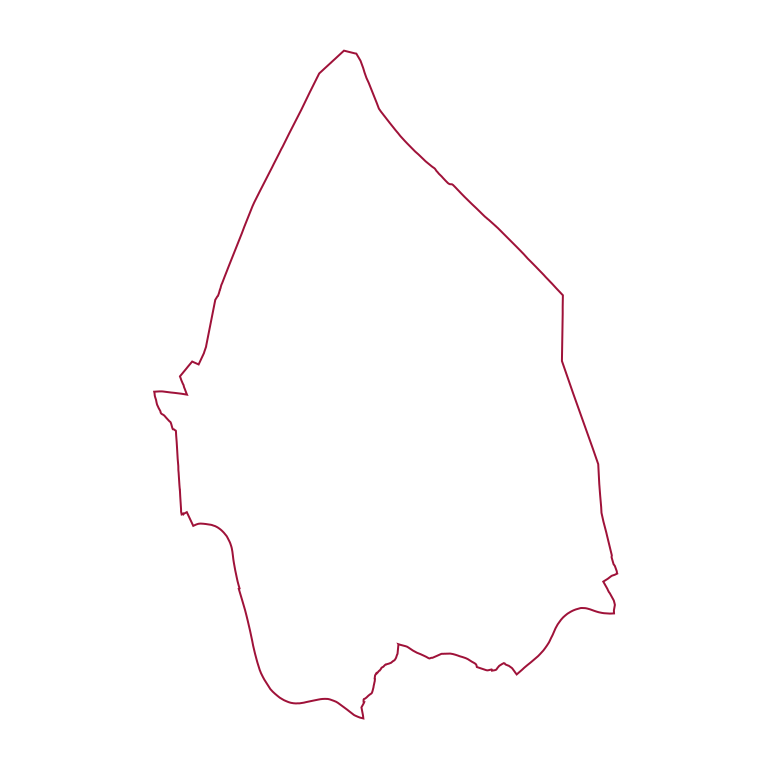 Heerde, Gelderland, Netherlands (Equal Earth projection), rotated 89°
{"feature_id": "6326949B25079542820913", "entity_name": "Heerde", "entity_type": "district", "adm_level": 2, "iso_a3": "NLD", "parent_name": "Netherlands", "parent_adm1": "Gelderland", "projection": "equal_earth", "projection_center": [6.06, 52.406], "detail": "fine", "context": "isolated", "style": "outline", "palette": "rose", "viewbox_px": 768, "rotation_deg": 89, "n_neighbors": 0, "source": "geoboundaries", "source_scale": "gbopen_adm2", "svg_char_len": 6116}
<svg xmlns="http://www.w3.org/2000/svg" viewBox="0 0 768 768"><g transform="rotate(89 384 384)"><path d="M617.4,158.0L614.4,158.1L611.9,157.6L608.9,157.0L607.0,157.4L604.5,158.0L597.1,161.9L595.9,162.8L593.4,164.0L593.0,164.1L585.4,168.2L582.7,163.7L580.1,160.2L579.6,159.3L578.8,156.7L577.6,154.1L576.3,154.5L575.4,154.5L570.4,156.2L569.7,156.5L568.2,157.6L561.9,159.3L561.0,159.5L559.4,159.2L558.9,159.3L539.3,163.7L536.5,164.3L525.4,167.0L516.6,168.8L510.9,169.0L508.1,169.2L499.5,169.8L487.8,170.5L467.9,171.2L452.0,176.4L407.2,191.5L396.5,195.1L373.9,202.5L364.1,205.7L316.7,204.1L310.3,204.0L298.4,203.6L291.4,210.0L287.1,213.8L280.0,220.4L277.8,222.3L266.8,232.6L261.1,238.1L256.5,242.1L251.5,246.8L230.0,267.5L221.5,276.6L220.5,277.9L220.2,278.1L218.5,280.1L215.8,282.8L210.1,288.4L205.6,293.0L198.3,300.2L194.8,303.5L188.6,309.2L186.3,311.4L185.8,312.1L185.5,312.6L185.5,312.9L185.4,314.2L185.4,314.6L185.2,315.0L185.0,315.5L184.7,315.9L184.2,316.6L181.7,319.0L178.7,321.7L177.4,322.8L176.4,323.8L174.7,325.5L172.9,326.9L172.1,327.7L169.8,329.2L169.1,329.9L167.9,331.6L167.2,332.5L162.1,338.5L156.6,344.0L155.1,345.5L152.1,348.8L143.9,356.6L141.4,358.9L138.9,361.1L136.3,363.4L133.4,365.6L130.6,367.9L123.2,373.6L111.6,382.3L108.6,384.3L103.0,386.3L82.7,394.0L77.7,396.2L72.3,398.0L67.7,399.3L60.8,401.7L60.3,401.9L53.2,405.9L52.8,407.8L50.2,417.5L50.0,418.2L72.3,443.3L72.8,443.6L91.0,453.1L108.2,461.8L131.4,474.2L144.9,481.2L147.5,482.7L151.6,484.8L162.1,490.4L165.6,492.2L169.5,494.3L175.5,497.5L185.6,502.9L188.2,504.3L200.0,510.5L204.0,512.4L224.5,521.0L230.6,523.4L245.9,529.8L261.4,536.3L266.7,538.5L267.0,538.6L274.0,541.5L280.7,544.2L281.6,544.7L283.7,545.4L285.1,545.7L286.5,546.3L286.9,546.3L287.0,546.3L287.1,546.5L290.2,547.4L292.8,548.4L293.2,548.6L293.3,548.8L293.4,549.0L296.1,550.7L296.8,551.2L343.1,561.2L343.5,561.2L347.3,562.6L349.0,563.2L350.0,563.5L360.2,568.5L361.2,569.0L359.3,573.1L358.2,575.4L362.7,579.3L365.8,581.9L372.8,587.9L373.1,587.8L374.7,587.2L376.3,586.7L377.1,586.4L380.3,585.1L381.4,584.5L383.9,583.9L385.1,583.4L390.7,581.4L391.2,581.2L390.2,586.6L389.2,593.7L388.8,597.1L387.6,605.3L387.5,606.7L387.5,607.7L387.5,609.2L387.7,613.9L389.2,613.6L391.5,613.4L392.6,613.2L394.3,612.7L395.9,612.2L398.2,611.8L400.1,611.4L401.3,611.0L402.1,610.6L404.2,609.7L407.0,608.2L407.5,608.0L408.7,607.8L409.4,607.4L409.8,607.1L410.3,606.4L411.1,605.0L411.6,604.4L412.1,603.9L413.8,602.5L416.4,600.2L417.6,599.1L418.2,598.3L418.9,597.9L420.4,597.4L423.6,596.6L425.2,596.1L425.6,595.8L425.6,595.6L425.6,595.0L426.4,594.0L427.0,593.0L427.3,592.9L428.8,592.8L429.4,592.8L431.9,592.7L438.5,592.3L447.7,591.9L455.2,591.6L462.5,591.1L466.5,591.1L469.1,590.9L473.4,590.7L481.7,590.3L486.2,590.0L486.2,589.9L486.9,589.9L492.9,589.7L505.7,589.1L508.2,589.1L510.8,588.6L510.0,587.2L510.8,586.9L510.2,586.3L509.3,584.6L508.7,583.4L518.7,578.9L522.5,577.2L521.2,574.2L520.7,572.6L520.5,571.7L520.4,570.5L520.4,569.2L520.6,566.9L520.9,564.5L521.3,562.2L521.7,559.7L522.0,558.5L522.4,557.5L523.2,555.2L523.8,554.1L524.4,553.0L525.3,551.7L526.6,550.0L527.7,548.8L528.8,547.7L530.0,546.6L532.3,544.8L533.3,544.0L534.4,543.4L535.8,542.7L539.1,541.1L540.6,540.5L543.8,539.5L545.4,539.1L549.1,538.5L552.8,538.1L556.7,537.7L560.3,537.2L567.7,536.0L571.3,535.3L575.0,534.6L578.5,533.9L582.2,533.0L585.9,532.0L586.2,532.8L597.6,529.6L607.5,526.9L612.5,525.7L618.2,524.4L628.5,522.2L638.8,520.2L643.4,519.4L651.2,517.7L657.3,516.2L660.4,515.4L667.9,513.2L669.4,512.6L670.8,512.1L672.5,511.3L675.0,510.1L677.5,508.8L681.6,506.3L683.7,505.0L687.0,503.0L689.6,500.7L691.8,498.4L693.9,496.0L695.8,493.7L697.0,491.8L698.4,489.5L699.5,487.1L700.4,485.0L701.1,482.8L701.6,480.2L701.8,478.2L701.8,473.9L701.5,471.8L701.2,469.6L700.7,467.4L699.4,460.6L698.4,455.2L698.0,452.8L697.8,450.5L697.8,448.2L697.9,445.9L698.1,444.9L698.5,443.4L699.9,439.7L700.9,437.4L702.1,435.5L708.9,426.6L710.7,424.4L712.7,421.9L714.4,419.8L715.1,418.5L716.2,416.1L717.1,413.9L718.0,410.5L715.0,410.8L706.9,412.2L704.7,410.9L702.8,409.8L701.9,409.4L701.9,409.8L701.6,410.0L699.3,409.9L698.7,409.6L698.3,408.6L698.0,408.1L697.0,406.8L695.4,405.1L694.0,403.3L693.9,403.0L693.1,401.9L692.4,401.4L690.7,400.8L687.4,399.9L687.0,399.8L685.7,399.6L684.1,399.2L682.3,398.8L681.1,398.5L680.8,398.4L680.1,398.4L679.1,398.2L678.6,398.2L678.4,398.5L675.2,398.0L673.0,396.7L672.9,396.6L673.3,396.3L672.3,395.3L671.5,394.7L670.6,393.8L670.4,393.5L670.4,393.3L668.6,391.9L668.2,391.8L668.0,391.6L667.4,391.0L667.2,390.7L666.8,389.8L666.5,389.4L665.6,388.6L664.8,387.7L664.4,387.1L664.4,386.9L664.5,386.6L664.2,386.1L663.9,384.9L663.6,383.8L662.9,382.0L662.9,381.9L662.6,381.5L662.2,381.0L661.3,379.9L660.9,379.1L660.5,378.6L659.9,377.9L659.6,377.7L657.9,376.7L657.0,376.4L655.0,375.7L654.4,375.4L654.1,375.2L644.6,374.1L644.4,374.2L644.8,373.0L645.1,372.1L646.5,367.1L647.0,365.7L647.2,365.3L647.9,364.2L651.1,359.6L652.5,357.1L653.2,355.9L654.9,351.9L655.3,351.1L656.2,349.2L657.5,346.6L658.8,344.4L659.1,343.7L659.2,343.2L658.7,341.8L658.6,341.5L658.6,340.9L658.6,340.7L658.6,340.3L656.9,336.2L654.8,331.3L654.7,322.5L655.2,319.9L655.9,317.5L656.8,314.9L657.4,313.4L657.7,312.5L658.3,310.5L659.4,307.4L659.8,306.5L660.6,304.9L663.2,301.0L664.5,298.7L665.1,297.8L665.8,297.0L666.7,296.5L668.6,296.1L671.9,286.8L672.1,285.8L672.1,285.1L671.3,281.4L671.4,281.2L671.6,281.1L672.5,281.0L672.2,279.0L672.0,277.9L671.8,277.4L671.7,277.0L671.4,276.6L669.5,275.2L668.4,274.2L667.8,273.7L666.4,271.4L666.2,271.1L665.2,269.1L665.5,268.2L666.0,267.9L666.6,267.3L667.7,264.8L667.8,264.3L670.1,261.2L670.6,260.7L674.0,258.3L674.5,258.0L676.7,256.4L672.1,250.9L670.2,248.8L667.6,245.6L664.9,242.1L658.8,234.7L656.7,232.6L653.2,229.3L650.9,227.5L648.3,225.6L645.3,223.6L643.4,222.6L641.1,221.5L637.9,219.8L631.3,216.8L627.3,214.5L622.9,211.2L620.5,209.0L618.6,206.8L617.2,205.0L616.7,204.3L614.9,201.2L614.3,200.0L613.7,198.7L612.8,196.3L611.5,191.5L611.4,190.3L611.5,188.8L611.6,186.9L611.9,185.3L612.2,184.2L613.0,181.6L614.5,177.7L615.3,175.4L616.0,173.1L616.7,169.9L617.0,168.1L617.5,162.2L617.4,158.0Z" fill="none" stroke="#9f1239" stroke-width="2"/></g></svg>